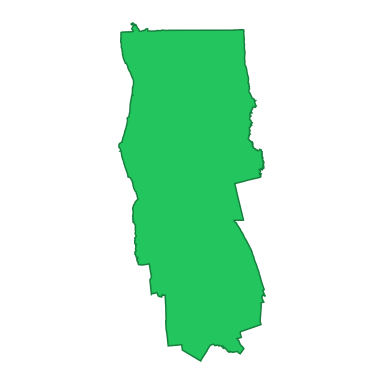 the district of Manastiur, Timis, Romania
{"feature_id": "2599482B61574794273551", "entity_name": "Manastiur", "entity_type": "district", "adm_level": 2, "iso_a3": "ROU", "parent_name": "Romania", "parent_adm1": "Timis", "projection": "mercator", "projection_center": [22.048, 45.863], "detail": "fine", "context": "isolated", "style": "filled", "palette": "green", "viewbox_px": 384, "rotation_deg": 0, "n_neighbors": 0, "source": "geoboundaries", "source_scale": "gbopen_adm2", "svg_char_len": 6015}
<svg xmlns="http://www.w3.org/2000/svg" viewBox="0 0 384 384"><path d="M240.1,353.8L243.9,348.7L242.6,346.9L240.9,345.3L240.0,344.0L238.8,340.7L236.9,338.7L241.3,337.4L240.3,333.4L240.2,332.2L240.5,331.7L261.0,324.5L260.1,321.6L261.2,306.5L261.2,304.1L261.0,303.2L261.2,302.8L262.0,302.6L262.9,301.9L263.7,302.3L263.9,302.1L262.9,300.4L261.7,297.3L262.1,296.7L262.6,295.1L262.9,295.0L263.7,295.2L264.5,296.0L265.1,295.9L265.0,295.2L263.8,294.2L264.1,294.0L262.8,290.2L264.2,289.7L261.3,281.3L260.2,276.8L259.2,274.0L258.9,272.1L257.3,267.8L256.3,264.4L255.5,262.8L254.4,259.8L253.6,256.6L252.6,254.5L252.0,252.0L251.1,249.7L246.1,240.1L244.4,237.5L243.2,234.5L241.9,232.3L240.9,230.9L240.3,229.4L237.3,224.9L236.3,222.9L234.6,221.7L234.0,220.7L234.0,220.3L243.4,220.2L243.1,218.5L237.8,196.8L234.8,183.6L243.2,181.5L247.2,180.3L260.1,177.3L259.9,177.0L260.0,176.5L260.9,176.1L260.7,175.0L261.2,173.7L260.8,173.6L259.6,174.3L259.7,173.5L259.4,172.8L260.3,172.0L260.5,171.4L260.3,170.8L259.3,170.0L259.1,169.6L260.0,169.2L260.8,169.3L260.8,168.8L261.6,168.7L261.9,169.8L262.2,169.9L262.5,169.6L262.8,168.7L264.0,167.9L263.6,167.4L262.8,167.5L263.8,166.5L263.8,166.2L263.4,166.1L263.3,165.7L262.7,165.4L263.0,165.2L263.3,165.5L263.4,165.2L263.6,163.5L263.1,163.0L263.6,162.8L264.0,162.2L263.0,161.5L263.3,160.8L262.4,159.8L262.9,158.4L262.4,157.9L262.6,157.4L261.9,157.3L261.8,157.0L262.3,156.1L262.0,155.2L262.2,154.8L261.6,153.8L262.2,153.2L261.9,152.5L262.1,151.7L261.2,151.1L261.4,150.1L259.8,149.3L259.1,150.2L257.9,150.9L257.3,150.1L256.3,150.2L255.9,149.2L253.7,148.0L253.3,147.5L253.1,146.3L252.5,146.2L252.3,145.8L252.8,144.5L252.3,144.4L252.1,144.1L252.8,143.8L252.8,143.2L252.8,142.9L252.4,142.8L252.2,141.9L251.9,141.6L251.2,142.0L250.7,141.6L250.1,140.7L249.3,140.4L249.1,139.6L248.2,138.7L248.8,137.1L248.9,136.4L248.7,136.0L249.3,135.7L249.1,134.6L249.8,134.4L249.7,134.2L249.9,134.1L249.7,134.0L249.8,133.1L249.3,131.8L250.3,130.6L249.4,129.5L249.5,128.9L249.3,127.6L250.5,126.8L250.6,126.5L250.5,125.6L251.6,125.4L251.5,125.0L250.9,124.8L250.7,124.1L251.0,123.8L251.7,123.7L252.2,122.6L251.3,122.1L250.8,120.4L249.9,119.9L249.5,119.2L249.8,118.2L249.8,116.9L251.0,116.2L251.0,115.9L250.1,115.7L249.8,115.1L249.7,114.7L250.3,114.0L250.1,112.9L250.7,112.6L251.5,113.2L252.0,113.0L252.0,112.8L251.4,112.2L251.1,110.7L251.1,110.3L251.8,110.1L252.0,109.4L252.6,108.8L252.7,108.4L252.4,107.8L252.5,107.4L253.9,106.7L254.8,107.3L255.4,107.3L255.7,106.9L255.8,106.2L256.3,105.9L255.4,104.8L254.9,103.1L254.8,102.1L254.6,101.5L255.3,100.8L254.4,100.9L254.5,99.8L254.4,99.5L253.1,98.5L252.3,98.3L250.6,94.7L250.4,93.7L249.3,92.5L249.0,91.6L248.9,90.5L249.5,88.6L249.2,86.8L249.4,86.4L249.0,86.0L248.9,84.8L248.9,83.6L248.1,83.2L248.5,80.2L248.4,77.6L247.2,73.5L246.5,68.6L245.8,66.4L244.9,64.8L244.7,63.9L244.9,62.5L244.8,60.0L244.5,58.3L245.0,52.0L244.5,50.0L244.3,46.8L244.5,44.4L244.0,42.1L244.3,39.8L243.7,33.0L243.9,31.4L243.7,30.0L243.6,29.8L241.1,29.7L235.7,30.1L235.0,29.9L232.7,30.2L168.9,30.3L167.5,30.5L161.7,30.1L161.1,30.6L160.3,30.7L157.6,30.5L154.6,31.1L150.8,31.1L147.9,30.9L147.6,28.8L147.4,28.7L145.9,29.1L145.5,29.4L145.3,30.0L140.1,31.5L139.5,31.1L138.5,29.0L137.5,28.1L135.5,24.0L135.5,25.4L133.0,23.0L132.6,23.0L131.3,23.8L131.1,24.1L131.5,24.7L131.8,24.8L132.5,24.1L133.7,25.3L132.8,26.6L132.5,27.6L131.8,28.7L132.1,29.6L133.5,30.8L133.3,31.2L132.3,31.7L131.5,31.8L124.6,32.0L121.5,32.2L121.0,32.6L121.0,36.3L120.7,41.6L121.4,44.4L121.3,47.2L122.1,49.5L122.1,50.9L122.4,52.0L122.5,54.4L123.5,58.5L125.4,63.3L126.2,63.2L127.7,66.2L128.1,68.4L129.1,70.5L130.3,72.3L132.1,77.2L133.4,79.9L133.6,84.1L132.9,86.8L132.5,87.6L132.4,92.6L132.0,94.4L132.9,95.3L132.6,95.6L132.1,95.6L131.7,95.9L130.7,101.6L130.2,104.3L129.9,111.6L129.1,115.1L129.0,116.7L127.2,118.0L127.5,121.3L126.0,127.9L124.8,131.4L124.6,132.8L122.8,138.4L122.5,140.2L122.0,141.1L122.2,141.8L121.0,142.7L119.5,143.5L119.0,144.7L118.9,145.7L119.0,147.3L120.2,148.6L120.5,149.6L120.6,150.6L120.3,151.0L120.8,150.9L121.1,151.2L121.9,156.5L122.8,159.7L123.3,160.4L124.0,163.8L124.5,164.9L125.2,167.4L127.2,172.8L127.8,174.9L127.9,176.2L128.1,176.0L128.9,177.3L130.4,177.8L131.0,178.5L131.2,179.8L132.0,180.2L132.1,181.6L132.8,182.9L133.1,185.4L133.8,188.2L135.1,191.0L136.1,192.0L136.4,193.7L136.9,194.6L137.5,197.6L138.0,199.0L135.4,201.8L134.3,204.4L133.7,204.9L132.7,208.5L132.6,209.6L133.3,210.9L133.0,212.1L133.3,212.9L133.2,213.8L133.0,214.7L132.7,215.1L133.0,216.3L132.6,217.0L133.0,218.0L132.9,219.2L132.7,219.4L133.0,219.7L133.2,220.6L133.8,221.3L133.6,221.6L133.2,221.4L133.0,221.6L133.2,221.8L133.2,222.4L134.0,222.7L134.8,224.4L135.5,225.3L135.3,226.7L135.5,227.3L135.2,227.7L135.4,228.7L135.3,229.7L135.6,231.1L135.1,233.2L135.7,235.0L136.2,235.7L136.0,236.6L134.7,238.0L135.0,238.3L134.9,239.5L135.1,240.0L134.7,240.5L134.8,241.7L134.7,243.4L135.3,244.2L136.3,244.3L135.7,245.3L135.9,247.0L135.5,249.0L136.0,251.3L135.8,251.6L134.9,252.0L135.0,252.6L134.9,253.6L135.2,253.9L135.0,254.4L135.7,255.2L136.1,256.8L137.3,257.1L137.7,258.0L137.6,258.5L136.7,258.6L136.9,259.6L137.4,260.1L137.1,260.8L137.4,261.6L138.1,262.0L138.0,262.8L138.4,263.7L138.5,264.6L142.6,265.0L149.3,263.9L151.5,277.7L150.7,278.4L149.9,279.8L151.4,294.4L152.5,293.4L154.4,293.5L156.3,292.5L157.0,292.8L157.6,294.7L158.6,296.2L159.2,296.6L159.9,296.5L161.6,297.1L162.0,296.3L161.9,295.2L162.6,294.6L162.8,294.8L162.6,295.3L165.1,295.2L165.8,307.0L166.1,320.8L165.7,321.0L166.2,329.7L167.0,334.3L168.2,345.9L181.8,344.7L182.3,350.0L200.7,361.0L201.9,358.7L207.0,350.8L207.6,349.4L210.0,345.6L210.8,345.0L213.1,344.3L213.9,344.3L214.3,344.7L214.6,345.5L216.1,345.6L217.3,344.9L218.0,345.1L218.9,346.0L219.7,345.5L221.2,346.1L221.9,345.9L222.2,346.1L222.1,346.9L222.8,347.1L223.1,346.4L223.6,347.0L223.2,348.2L223.5,348.3L224.3,347.7L225.0,347.9L225.3,348.8L225.9,348.8L226.7,349.6L227.3,350.8L228.7,352.0L229.6,351.4L229.8,352.1L231.7,351.8L232.4,352.3L237.4,351.5L238.6,352.8L240.1,353.8Z" fill="#22c55e" stroke="#15803d" stroke-width="1.5"/></svg>